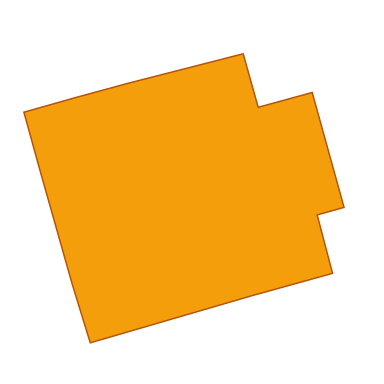 Lapeer, Michigan, United States of America (Natural Earth projection), rotated 76°
{"feature_id": "52423323B42723589239297", "entity_name": "Lapeer", "entity_type": "district", "adm_level": 2, "iso_a3": "USA", "parent_name": "United States of America", "parent_adm1": "Michigan", "projection": "natural_earth1", "projection_center": [-83.274, 43.104], "detail": "fine", "context": "isolated", "style": "filled", "palette": "amber", "viewbox_px": 384, "rotation_deg": 76, "n_neighbors": 0, "source": "geoboundaries", "source_scale": "gbopen_adm2", "svg_char_len": 340}
<svg xmlns="http://www.w3.org/2000/svg" viewBox="0 0 384 384"><g transform="rotate(76 192 192)"><path d="M73.9,335.8L133.5,334.3L252.8,330.5L313.7,327.2L307.1,159.5L304.9,75.3L244.5,76.1L243.7,48.2L124.5,51.3L125.8,107.3L70.3,108.9L70.3,115.1L71.0,226.6L72.2,282.5L73.9,335.8Z" fill="#f59e0b" stroke="#b45309" stroke-width="1.5"/></g></svg>